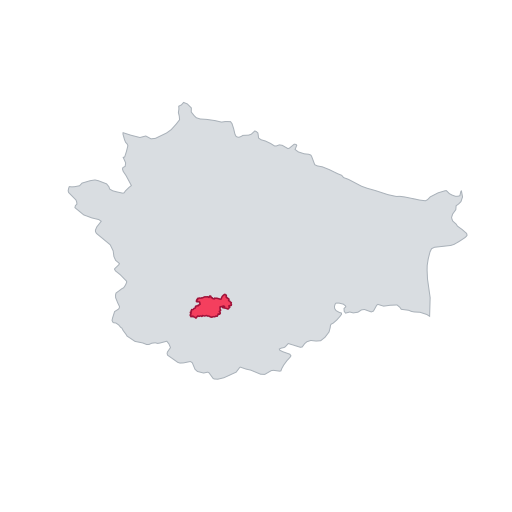 location of Lyepyel, Vitebsk, Belarus, rotated 195°
{"feature_id": "67162791B29799454608156", "entity_name": "Lyepyel", "entity_type": "district", "adm_level": 2, "iso_a3": "BLR", "parent_name": "Belarus", "parent_adm1": "Vitebsk", "projection": "natural_earth1", "projection_center": [28.695, 54.828], "detail": "fine", "context": "in_parent", "style": "filled", "palette": "rose", "viewbox_px": 512, "rotation_deg": 195, "n_neighbors": 0, "source": "geoboundaries", "source_scale": "gbopen_adm2", "svg_char_len": 8962}
<svg xmlns="http://www.w3.org/2000/svg" viewBox="0 0 512 512"><g transform="rotate(195 256 256)"><path d="M416.3,340.7L408.3,340.3L398.8,340.4L393.5,343.4L387.7,342.0L383.6,343.6L374.2,351.7L370.6,356.1L367.2,362.8L365.1,367.8L366.3,371.2L368.1,374.5L368.5,378.0L369.4,380.7L367.1,382.7L365.7,385.6L361.7,385.1L356.8,382.3L355.8,378.3L352.0,375.5L349.5,374.1L345.4,373.9L338.9,375.2L330.4,376.2L324.0,376.4L320.5,377.9L315.4,379.2L313.4,377.6L310.5,373.1L308.1,368.6L306.5,366.6L305.1,366.1L303.3,366.2L301.3,367.6L299.9,369.1L294.5,370.8L292.1,372.4L289.5,376.5L287.8,376.2L286.0,375.3L284.0,370.6L281.2,369.6L276.7,369.5L271.1,368.5L266.6,367.1L264.9,367.5L262.2,369.4L259.3,369.7L252.9,368.0L251.7,368.8L248.0,373.9L246.2,374.1L245.3,373.5L245.8,369.0L242.1,367.5L235.9,367.2L231.5,367.9L229.3,367.7L228.2,366.8L222.9,359.4L220.1,358.9L215.0,359.3L207.5,358.4L198.9,356.7L194.1,356.1L191.7,354.4L186.3,353.9L172.1,350.7L166.2,350.2L157.6,350.1L144.5,349.4L136.1,349.8L132.2,350.9L127.7,351.5L112.2,352.4L106.6,353.2L104.9,354.8L103.0,358.2L96.5,364.1L90.2,368.0L89.0,368.4L85.4,366.3L82.4,365.6L78.8,365.3L76.3,366.0L74.7,367.0L74.8,371.6L74.4,372.0L71.8,366.5L72.1,361.6L73.7,358.8L75.7,356.3L75.0,352.5L76.9,347.5L77.1,343.9L76.3,342.4L74.9,340.6L70.9,338.6L69.2,337.0L63.7,334.9L58.4,332.3L57.5,330.7L57.8,329.7L58.8,328.0L63.0,323.2L67.7,318.5L70.6,316.6L85.9,310.6L88.3,308.5L89.0,304.9L88.9,297.7L88.2,291.2L87.1,286.7L84.4,278.2L77.0,260.8L72.7,242.7L75.8,243.7L83.0,244.1L88.7,242.9L91.7,242.7L94.4,243.1L101.9,242.1L103.8,243.7L107.1,245.2L113.8,243.1L119.7,240.6L125.8,240.8L126.7,239.6L128.3,233.2L130.2,231.8L137.4,232.4L140.1,231.3L143.0,228.1L147.3,226.2L150.9,226.2L154.7,224.0L156.5,225.4L157.4,228.1L156.1,230.2L156.6,231.0L159.2,232.1L163.6,232.0L166.5,231.2L167.1,230.0L167.2,227.8L166.5,225.7L164.6,224.0L161.1,223.1L158.7,223.0L158.3,221.9L159.2,219.5L161.4,215.1L164.1,211.1L165.8,209.6L166.1,208.2L165.8,205.8L165.8,201.5L168.3,195.4L171.6,190.9L175.9,189.4L181.2,188.6L184.6,186.4L186.3,184.0L187.8,180.1L189.5,179.3L202.2,179.8L204.2,175.9L205.3,174.8L207.7,173.6L209.4,172.2L208.8,171.2L205.6,170.5L197.9,169.9L196.4,168.6L196.9,167.0L199.0,163.0L201.0,157.9L202.0,153.9L202.2,151.5L203.3,150.9L209.5,150.1L211.5,149.3L216.9,143.9L221.0,143.0L231.5,144.4L236.3,144.2L242.4,144.6L242.9,144.1L245.1,138.7L255.5,130.1L261.0,127.1L264.5,126.4L265.7,126.6L271.3,131.1L272.6,131.3L276.3,129.4L282.7,129.3L285.6,130.8L289.9,136.4L292.1,137.1L298.3,134.0L301.7,132.9L304.0,133.0L315.7,137.3L316.6,138.7L316.7,140.3L314.9,145.4L317.3,148.5L320.1,150.6L326.2,147.1L328.4,146.1L330.8,146.1L334.1,144.8L336.4,142.9L338.7,142.2L343.0,142.7L350.8,142.2L359.9,145.3L360.7,146.2L365.2,149.8L366.8,151.6L368.3,152.1L370.8,153.9L374.0,155.0L376.3,154.7L377.4,155.2L378.4,156.6L378.5,159.0L378.2,165.7L375.0,169.2L374.6,170.5L374.8,171.9L377.4,174.9L380.8,179.4L381.6,182.0L381.6,184.0L377.1,189.7L375.6,191.1L374.6,194.0L374.1,196.9L374.4,198.1L382.1,202.7L387.8,205.2L389.1,206.4L389.2,207.2L386.2,212.1L386.0,213.4L390.5,215.5L393.1,218.7L395.3,224.0L399.7,229.1L415.9,236.5L417.3,237.9L417.8,239.4L417.3,242.9L414.5,249.5L417.3,250.5L424.4,250.3L433.0,251.1L443.4,255.8L443.5,257.9L442.4,259.8L443.2,261.8L444.4,263.5L453.4,268.8L454.3,270.3L454.5,272.9L454.3,274.7L451.8,275.1L449.1,276.0L444.6,278.2L442.9,281.4L435.7,285.8L431.2,287.8L427.6,287.9L419.0,287.0L416.0,284.8L414.7,282.8L411.4,281.9L407.1,281.9L401.0,282.2L399.8,282.8L398.9,285.2L396.4,289.4L394.6,291.8L402.3,300.0L406.2,303.4L407.5,305.5L407.4,307.0L405.6,308.7L406.0,312.2L409.8,316.9L408.5,317.6L408.2,323.3L408.3,329.4L409.4,330.8L411.4,332.1L413.1,334.3L416.1,339.4L416.3,340.7Z" fill="#d9dde1" stroke="#a8b0b8" stroke-width="1"/><path d="M303.9,181.6L304.0,181.4L303.8,181.3L303.7,181.2L303.3,181.2L303.2,181.2L303.1,180.9L303.1,180.6L302.9,180.6L302.7,180.7L302.7,180.8L302.3,180.9L302.2,180.9L301.9,180.9L301.8,181.1L301.8,181.4L301.7,181.5L301.4,181.6L301.2,181.6L300.8,181.2L300.7,181.1L300.4,181.1L299.8,181.1L299.5,181.1L299.2,181.0L298.7,180.8L298.6,180.7L298.4,180.6L298.2,180.5L297.9,180.5L297.7,180.8L297.7,181.1L297.7,181.3L297.5,181.7L297.4,181.9L297.2,182.0L296.9,182.3L296.9,182.5L296.9,182.8L296.7,183.0L296.3,183.1L296.0,183.1L295.8,183.0L295.5,183.0L295.3,183.0L295.1,183.1L294.8,183.2L294.7,183.4L294.3,183.7L294.0,183.8L293.8,183.8L293.5,183.8L293.3,183.8L293.2,183.8L293.1,183.7L292.9,183.6L292.7,183.6L292.4,183.8L292.4,184.1L292.3,184.4L292.3,184.6L292.1,184.7L291.6,184.7L290.6,184.7L290.3,184.7L290.0,184.8L289.5,185.1L289.2,185.3L288.9,185.4L288.5,185.7L288.3,185.7L288.0,185.7L287.7,185.5L287.3,185.4L287.1,185.5L286.7,185.7L286.4,185.7L286.1,185.7L285.7,185.7L285.4,185.7L285.0,185.7L284.9,185.6L284.7,185.5L284.5,185.3L284.3,185.3L284.1,185.3L283.9,185.4L283.8,185.5L283.6,185.5L283.4,185.5L283.3,185.4L283.1,185.4L282.9,185.4L282.8,185.5L282.5,185.6L282.4,185.7L282.3,185.8L282.1,186.0L281.9,186.2L281.6,186.3L281.3,186.4L280.9,186.5L280.6,186.5L280.3,186.6L280.0,186.7L279.8,186.9L279.5,187.2L279.3,187.5L279.0,187.6L278.9,187.6L278.6,187.6L278.1,187.7L278.0,187.8L277.8,187.9L277.8,188.2L277.8,188.4L277.7,188.7L277.6,188.9L277.5,189.3L277.5,189.6L277.5,189.8L277.6,190.1L277.4,190.3L277.2,190.2L276.9,190.1L276.7,190.1L276.4,190.2L276.4,190.3L276.2,190.8L276.1,191.0L275.9,191.1L275.7,191.1L275.7,191.3L275.7,191.5L275.8,191.9L276.0,192.0L276.2,192.3L276.6,192.5L276.8,192.6L277.0,192.8L277.1,193.1L277.0,193.3L276.8,193.4L276.5,193.6L276.3,193.8L276.2,194.0L276.1,194.4L276.2,194.6L276.4,194.7L276.5,195.0L276.8,195.1L277.0,195.3L277.1,195.5L277.2,195.9L277.2,196.4L277.2,196.7L277.3,196.9L277.4,197.1L277.5,197.1L277.6,197.4L277.6,197.5L277.4,197.7L277.0,197.9L276.0,198.3L275.7,198.5L275.4,198.7L274.9,199.1L274.5,199.3L274.3,199.3L273.9,199.3L273.6,199.2L273.3,199.0L273.3,198.9L273.5,198.7L273.8,198.7L274.2,198.6L274.7,198.6L275.0,198.4L275.2,198.1L275.2,197.9L275.1,197.6L274.9,197.5L274.5,197.5L274.2,197.5L273.9,197.6L273.6,197.6L273.2,197.6L272.6,197.6L272.2,197.7L271.5,197.7L271.1,197.7L270.6,197.6L270.1,197.6L269.8,197.5L269.6,197.5L269.4,197.5L269.2,197.6L269.0,197.9L269.0,198.1L268.9,198.5L268.7,198.7L268.6,198.8L268.4,199.0L268.3,199.4L268.3,199.6L268.1,199.8L268.3,200.1L269.0,200.3L269.3,200.6L269.3,200.8L269.2,201.0L268.9,201.1L268.6,201.3L267.9,201.5L267.6,201.7L267.3,201.8L267.1,202.0L267.2,202.5L267.2,202.9L267.3,203.0L267.5,203.2L267.7,203.3L267.9,203.6L267.9,203.8L267.8,204.0L267.8,204.3L267.8,204.6L268.0,204.7L268.6,204.8L269.1,205.0L269.5,205.5L270.2,205.6L270.5,205.7L270.9,205.9L270.8,206.8L270.9,207.1L271.3,207.4L271.4,207.7L271.7,207.8L272.0,207.7L272.7,207.7L273.1,208.0L273.2,208.4L273.5,208.4L274.0,208.4L274.2,208.6L274.3,209.2L274.4,209.5L274.4,209.8L274.4,210.1L274.6,210.4L274.9,210.6L275.2,210.5L275.8,210.6L276.0,210.9L276.4,210.8L277.1,210.0L277.9,208.7L278.1,208.3L278.3,207.6L278.4,207.1L278.4,206.7L278.5,206.2L278.5,205.8L278.5,205.5L278.9,205.2L279.3,205.0L280.5,205.1L281.4,205.1L282.4,205.1L282.8,205.1L283.2,205.0L283.6,204.9L284.2,204.7L285.0,204.6L285.0,204.1L285.1,203.9L285.3,203.8L286.0,203.7L286.3,203.7L286.6,203.7L287.0,203.8L287.2,204.2L287.5,204.3L287.8,204.3L288.1,204.2L288.4,204.2L288.6,204.4L288.7,204.5L288.8,204.6L288.9,204.9L289.0,205.2L289.2,205.4L289.4,205.5L289.9,205.5L290.2,205.4L290.4,205.3L290.5,205.0L290.5,204.6L290.5,204.2L290.7,203.8L291.0,203.8L291.5,203.9L291.7,204.1L292.0,204.1L292.3,204.1L292.6,203.9L293.0,203.7L293.7,203.7L294.1,203.5L294.4,203.4L294.6,203.3L294.9,203.3L295.2,203.1L295.4,203.0L295.6,202.8L295.8,202.6L296.0,202.5L296.5,202.0L296.7,201.8L297.1,201.6L297.3,201.6L297.6,201.5L297.9,201.4L298.2,201.0L298.5,201.0L299.2,200.8L299.7,200.8L300.1,200.7L300.4,200.3L300.6,200.2L301.0,200.1L301.3,200.0L301.4,199.8L301.5,199.5L301.4,199.2L301.2,199.1L301.2,198.9L301.4,198.8L301.7,198.7L301.8,198.5L301.9,198.3L301.8,198.1L301.6,198.0L301.6,197.8L301.6,197.6L301.9,197.4L302.0,197.1L301.9,196.9L301.7,196.6L301.4,196.5L301.2,196.5L300.9,196.5L300.6,196.8L300.3,196.8L299.8,196.8L299.6,196.9L299.3,197.0L299.1,197.0L298.7,197.0L298.5,196.8L298.3,196.7L298.3,196.3L298.2,196.0L297.9,195.6L297.7,195.5L297.6,195.3L297.5,195.1L297.5,194.9L297.7,194.7L297.9,194.6L298.0,194.4L298.1,194.2L298.3,193.9L298.5,193.8L299.0,193.7L299.2,193.4L298.9,193.2L299.0,192.9L299.7,192.7L300.7,192.3L300.9,192.1L301.1,192.0L301.3,191.8L301.4,191.6L301.1,191.2L301.0,190.9L301.1,190.7L301.3,190.4L301.3,190.2L301.4,189.8L301.6,189.7L301.8,189.6L302.0,189.5L302.3,189.3L302.4,189.2L302.5,188.7L302.7,188.3L302.9,188.1L303.1,188.0L303.3,187.8L303.6,187.7L304.1,187.5L304.3,187.5L304.3,187.2L304.3,186.8L304.3,186.7L304.5,186.3L304.5,186.1L304.4,186.0L304.3,185.8L304.0,185.5L304.0,185.4L304.0,185.2L304.3,184.9L304.6,184.8L304.8,184.7L304.8,184.4L304.6,184.2L304.4,184.0L304.1,183.8L303.9,183.7L303.8,183.4L303.9,183.0L304.1,182.8L304.3,182.6L304.2,182.3L304.0,182.2L303.9,182.1L303.9,181.7L303.9,181.6Z" fill="#f43f5e" stroke="#9f1239" stroke-width="1.5"/></g></svg>